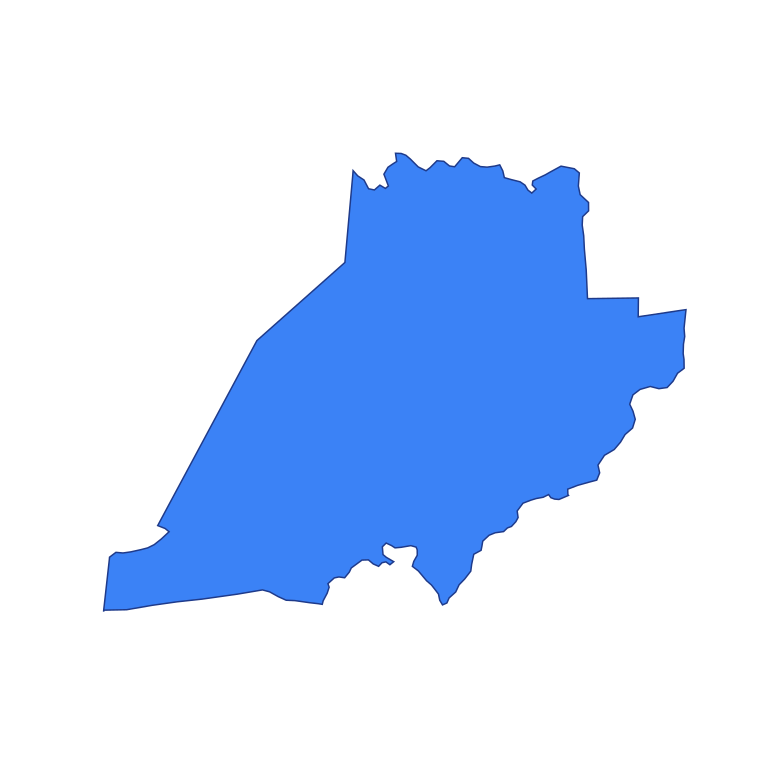 the district of Bera, Pahang, Malaysia, rotated 82°
{"feature_id": "92858781B37033160198468", "entity_name": "Bera", "entity_type": "district", "adm_level": 2, "iso_a3": "MYS", "parent_name": "Malaysia", "parent_adm1": "Pahang", "projection": "robinson", "projection_center": [102.581, 3.142], "detail": "fine", "context": "isolated", "style": "filled", "palette": "blue", "viewbox_px": 768, "rotation_deg": 82, "n_neighbors": 0, "source": "geoboundaries", "source_scale": "gbopen_adm2", "svg_char_len": 2380}
<svg xmlns="http://www.w3.org/2000/svg" viewBox="0 0 768 768"><g transform="rotate(82 384 384)"><path d="M192.9,178.4L197.3,190.1L199.3,195.1L201.7,202.8L203.7,208.4L207.6,209.5L212.1,206.2L215.5,211.1L212.0,214.5L206.7,216.7L202.7,221.1L199.3,229.5L196.4,236.1L189.5,236.7L183.1,238.9L183.6,243.9L183.6,251.7L182.1,258.3L177.7,264.4L172.3,268.9L170.8,275.0L175.3,280.0L178.7,283.8L177.2,288.8L171.8,293.8L170.3,300.5L176.2,308.3L178.7,312.7L173.8,319.9L164.9,326.6L160.5,330.5L158.1,334.9L157.1,340.5L165.4,340.5L167.4,344.9L169.9,349.9L176.2,354.9L188.5,352.1L190.5,355.4L186.5,360.4L190.5,366.5L188.5,372.1L179.2,375.4L174.3,381.0L168.4,384.9L174.7,386.3L258.2,405.8L323.3,503.8L492.7,627.8L496.6,620.9L500.4,617.4L506.5,626.1L511.1,633.9L513.4,640.8L514.2,647.8L515.0,658.2L515.0,666.0L513.4,672.9L517.3,679.9L519.5,680.4L570.3,693.4L569.0,692.6L571.7,670.3L570.9,644.3L570.9,619.1L571.7,594.0L571.7,558.4L571.0,533.0L573.9,526.2L579.8,518.4L584.5,511.0L586.1,502.4L590.2,488.2L592.4,479.7L593.6,475.8L590.2,474.4L583.3,469.4L577.6,466.6L573.9,467.3L569.1,460.2L568.8,455.5L570.4,449.9L565.4,444.5L561.6,442.0L555.3,430.3L556.0,423.9L560.7,419.7L563.8,414.7L560.7,410.8L560.4,406.9L563.8,403.3L561.3,399.1L556.0,405.8L552.8,408.7L545.0,408.3L541.8,404.0L545.0,399.1L547.8,395.9L548.1,389.8L547.8,379.9L550.0,374.9L552.8,374.2L558.2,374.9L563.8,379.2L568.5,381.3L573.9,376.0L584.8,369.2L589.6,365.0L593.9,362.5L599.6,359.3L605.9,358.9L610.9,356.8L609.6,352.2L604.9,349.3L599.9,341.9L593.3,337.6L588.3,331.2L581.4,324.1L574.8,322.3L565.1,318.8L562.2,311.0L558.2,309.6L553.4,308.1L548.4,301.0L546.8,294.6L546.8,286.1L543.7,281.8L542.8,277.6L538.7,272.6L534.9,269.8L528.3,269.8L521.4,263.0L519.5,254.9L518.6,249.2L518.3,242.1L516.4,236.4L519.8,234.6L521.7,231.1L522.7,226.8L520.0,216.8L519.1,217.3L513.7,216.7L511.3,206.2L509.8,195.1L508.8,186.7L502.0,182.8L494.1,183.4L485.3,175.6L480.9,165.1L474.5,157.9L467.6,152.3L462.2,144.0L453.9,140.1L445.6,141.2L438.2,143.5L429.4,139.0L425.0,131.2L423.5,120.7L426.9,112.4L426.9,104.1L421.5,97.4L414.2,91.8L410.2,84.6L401.4,83.5L395.5,83.5L386.2,81.9L378.8,79.6L370.5,79.1L352.4,74.6L352.4,80.2L352.8,122.9L334.2,120.1L327.8,170.6L299.4,167.9L278.3,166.8L265.0,165.6L254.2,165.6L245.9,164.0L241.0,157.3L232.7,156.2L223.8,163.4L215.0,164.0L202.2,161.2L197.3,165.6L192.9,178.4Z" fill="#3b82f6" stroke="#1e3a8a" stroke-width="1.5"/></g></svg>